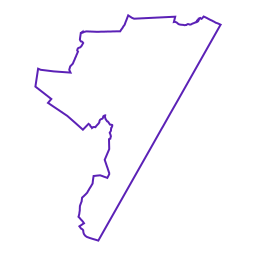 Amatenango de la Frontera, Chiapas, Mexico (Albers equal-area conic projection)
{"feature_id": "50627088B96340136292286", "entity_name": "Amatenango de la Frontera", "entity_type": "district", "adm_level": 2, "iso_a3": "MEX", "parent_name": "Mexico", "parent_adm1": "Chiapas", "projection": "albers", "projection_center": [-92.105, 15.523], "detail": "fine", "context": "isolated", "style": "outline", "palette": "violet", "viewbox_px": 256, "rotation_deg": 0, "n_neighbors": 0, "source": "geoboundaries", "source_scale": "gbopen_adm2", "svg_char_len": 4128}
<svg xmlns="http://www.w3.org/2000/svg" viewBox="0 0 256 256"><path d="M80.8,33.0L80.5,35.1L80.1,37.8L79.9,39.7L80.8,41.4L81.5,41.5L82.3,41.8L83.2,43.0L81.5,46.0L80.3,47.3L78.3,48.0L77.5,49.1L77.2,50.5L78.0,51.6L77.6,52.5L77.3,53.1L77.1,53.8L76.8,54.3L76.4,55.2L76.1,56.1L75.9,56.6L75.7,57.0L75.4,57.5L75.2,58.0L75.1,58.4L74.9,58.8L74.7,59.3L74.5,59.8L73.9,61.1L73.7,61.5L73.5,62.1L73.3,62.5L73.1,63.1L72.9,63.4L72.8,63.7L72.3,64.2L70.2,66.4L69.5,68.9L69.3,69.4L69.3,69.8L69.5,70.4L70.5,72.6L53.8,71.4L40.7,69.8L38.1,68.7L35.4,86.6L51.3,99.0L48.0,102.9L53.2,106.4L67.3,115.9L75.3,122.9L82.9,129.7L88.5,123.9L88.7,124.1L89.3,124.4L89.8,124.9L90.2,125.5L90.6,126.5L90.9,126.8L91.6,127.0L91.8,127.5L92.0,128.0L92.8,127.4L93.3,127.2L93.8,127.0L94.2,127.0L94.9,127.1L95.4,127.2L95.6,127.0L96.0,126.3L96.6,125.6L97.1,125.1L97.7,124.4L98.5,123.6L99.3,122.4L99.4,121.6L99.6,120.7L99.8,120.4L100.1,119.8L100.8,119.3L101.4,119.0L101.9,118.9L102.7,118.4L103.0,117.5L103.2,116.7L103.5,116.1L104.6,115.5L105.2,115.4L105.2,115.5L104.9,116.5L104.9,116.9L105.7,119.3L106.3,120.1L107.1,121.3L107.6,121.4L108.4,122.2L108.7,122.7L110.0,124.6L110.6,124.7L111.0,124.7L111.5,124.8L112.2,125.0L112.3,125.6L112.2,126.2L112.1,126.4L111.8,127.1L111.6,127.6L111.4,127.7L111.2,127.9L111.2,128.3L111.0,129.2L111.0,129.4L111.0,129.7L111.0,130.3L110.9,130.7L110.7,131.2L110.4,131.7L110.3,131.8L110.2,132.0L109.7,132.7L109.8,133.1L110.1,133.8L110.3,134.2L110.4,134.4L110.6,135.2L110.6,135.3L110.9,136.1L110.8,136.8L110.6,137.1L110.5,137.5L110.3,138.7L110.0,138.8L109.6,139.0L109.0,139.2L109.2,148.2L109.2,149.2L104.7,159.8L106.6,165.4L106.9,166.3L107.6,168.2L107.9,169.2L108.2,170.1L109.0,172.5L109.2,172.9L109.2,174.3L108.7,175.2L108.5,175.6L108.0,176.6L107.3,177.9L105.9,177.3L105.7,177.3L104.0,176.7L102.2,176.0L100.1,175.3L99.3,175.4L97.1,175.6L94.7,175.9L93.6,176.0L93.2,178.6L93.0,179.9L92.8,181.7L92.6,183.5L91.6,185.2L90.6,186.9L89.5,188.6L88.5,190.4L87.8,191.4L87.6,191.9L87.3,192.6L86.5,193.4L85.2,194.8L84.9,195.0L83.6,196.3L82.1,197.6L82.0,198.5L81.7,200.5L81.7,201.2L81.1,202.7L80.3,204.9L79.9,206.1L79.9,207.0L79.8,208.2L79.8,208.8L79.8,210.1L79.7,210.9L79.4,212.8L79.3,213.9L79.1,214.6L78.6,216.6L78.5,216.8L79.1,217.4L79.4,217.7L80.0,218.4L81.0,219.6L81.2,219.8L82.1,220.7L82.5,221.2L83.2,222.1L83.3,222.2L84.0,223.3L82.8,224.0L81.7,224.8L80.8,225.4L80.0,225.9L79.4,226.3L80.2,227.4L81.1,228.6L82.4,229.3L83.2,230.3L83.2,230.7L83.4,232.3L83.7,233.3L83.9,233.9L84.2,234.4L84.8,235.2L85.1,235.6L85.8,236.2L87.0,237.0L88.8,237.6L89.2,237.8L90.8,238.3L93.0,239.0L96.1,239.9L98.3,240.6L136.8,172.6L150.7,148.1L160.8,130.2L161.7,128.6L162.9,126.6L166.9,119.5L170.5,113.1L178.0,100.0L211.8,40.2L220.4,25.0L220.6,24.7L218.3,23.6L216.4,22.9L215.9,22.8L214.4,21.9L213.9,21.6L213.5,21.4L213.0,21.2L212.7,21.0L212.6,20.9L212.1,20.7L211.8,20.5L211.1,20.2L210.8,20.1L209.4,19.4L207.9,18.6L207.4,18.3L206.6,17.9L205.0,17.1L204.0,16.7L203.9,16.6L203.7,16.5L203.4,16.8L202.5,17.9L201.8,18.6L201.6,18.8L201.3,18.6L200.4,18.5L200.2,18.0L199.8,18.1L199.6,18.2L199.4,18.6L198.8,18.7L198.6,18.7L198.5,19.0L198.6,19.3L198.9,19.7L198.7,20.1L198.5,20.3L198.2,20.6L198.0,20.1L197.8,19.9L197.6,20.0L197.3,20.3L197.1,20.6L196.9,20.8L196.9,21.2L197.2,21.6L197.4,21.7L197.1,21.9L196.7,21.8L196.3,21.9L196.3,22.2L195.8,22.4L195.5,22.5L194.9,22.6L194.1,23.0L193.1,23.4L192.4,23.6L191.6,24.1L190.8,24.5L189.8,24.6L189.3,24.4L188.4,24.1L187.6,24.1L186.7,24.7L186.3,25.0L185.6,25.0L184.8,25.2L184.1,25.1L183.3,24.9L182.1,24.8L180.8,24.7L179.7,24.5L178.5,24.1L177.7,23.4L176.8,22.6L176.0,22.2L174.8,21.8L173.9,22.0L175.2,16.7L173.1,16.8L134.1,18.7L132.1,17.9L128.2,15.4L126.2,20.6L125.9,21.3L125.1,23.4L125.1,23.6L124.9,23.9L124.9,24.0L124.8,24.4L124.7,24.6L124.2,25.4L123.5,26.2L122.4,28.1L121.1,29.8L120.2,31.3L116.3,31.3L115.2,31.4L114.2,31.4L112.9,31.4L111.3,31.5L109.9,31.5L108.4,31.5L106.2,31.6L105.2,31.6L104.1,31.7L102.3,31.7L100.5,31.7L98.9,31.8L98.4,31.8L98.0,31.8L96.5,31.8L94.3,31.7L91.9,31.6L89.2,31.5L86.7,31.4L86.2,31.4L83.8,32.0L83.5,32.1L83.4,32.3L81.6,33.0L81.9,32.2L81.6,32.4L81.3,32.7L81.1,33.0L80.8,33.0Z" fill="none" stroke="#5b21b6" stroke-width="2"/></svg>